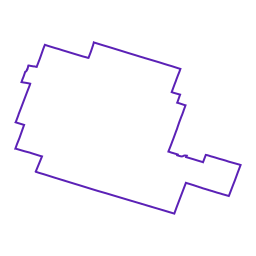 the district of Daneti, Dolj, Romania
{"feature_id": "2599482B50107441786300", "entity_name": "Daneti", "entity_type": "district", "adm_level": 2, "iso_a3": "ROU", "parent_name": "Romania", "parent_adm1": "Dolj", "projection": "robinson", "projection_center": [24.066, 43.939], "detail": "fine", "context": "isolated", "style": "outline", "palette": "violet", "viewbox_px": 256, "rotation_deg": 0, "n_neighbors": 0, "source": "geoboundaries", "source_scale": "gbopen_adm2", "svg_char_len": 3496}
<svg xmlns="http://www.w3.org/2000/svg" viewBox="0 0 256 256"><path d="M228.8,196.0L229.0,195.6L230.0,193.0L233.1,184.9L234.8,180.6L236.3,176.5L237.9,172.1L238.6,170.3L239.5,167.9L239.8,167.1L240.6,165.0L239.4,164.6L232.6,162.7L228.6,161.6L226.0,160.7L223.0,159.8L219.6,158.9L218.3,158.5L215.1,157.5L212.7,156.8L211.5,156.5L210.2,156.1L208.7,155.6L207.0,155.1L205.8,154.9L203.4,161.2L203.0,162.2L202.8,162.1L197.8,160.6L193.3,159.2L187.5,157.5L186.1,157.1L186.6,155.9L186.7,155.7L185.3,155.5L184.5,155.5L183.8,155.7L183.4,155.9L182.9,156.2L182.6,156.3L181.8,156.4L181.1,156.4L180.9,156.3L179.9,156.1L177.3,155.3L177.7,154.5L176.6,154.1L174.8,153.6L172.9,153.0L171.4,152.6L169.5,151.9L168.4,151.6L168.5,151.2L169.2,149.5L170.9,145.2L172.7,140.4L173.0,139.7L175.2,133.7L175.8,132.0L177.0,128.9L177.7,126.7L178.9,123.2L179.2,122.3L181.5,116.2L182.0,115.1L182.5,113.7L182.8,112.9L183.3,111.5L183.9,109.7L184.7,107.6L185.5,105.3L184.7,105.1L179.6,103.4L177.2,102.7L177.4,102.3L179.7,95.7L180.1,94.6L175.4,93.3L173.0,92.6L171.7,92.1L172.7,89.4L174.2,85.3L174.5,84.5L175.9,80.9L176.4,79.4L178.0,75.2L179.5,71.5L180.4,68.9L179.0,68.5L172.5,66.4L170.9,65.9L168.1,65.1L163.9,63.8L159.5,62.4L150.4,59.7L146.0,58.4L144.9,58.1L143.7,57.7L140.0,56.6L135.5,55.2L127.9,52.9L121.2,50.8L117.6,49.7L110.8,47.6L105.8,46.1L103.1,45.3L99.5,44.2L96.9,43.4L95.4,42.9L94.5,42.7L93.8,42.4L93.6,43.3L93.5,43.7L92.9,45.7L92.4,47.1L92.1,48.1L91.5,49.8L90.9,51.6L88.5,57.9L88.3,57.9L87.8,57.8L86.9,57.5L85.1,57.0L83.1,56.5L76.1,54.4L65.6,51.2L62.6,50.3L58.6,49.0L55.3,48.1L47.8,45.8L44.9,44.8L44.1,46.7L43.0,49.6L42.4,51.4L41.9,52.8L41.0,55.4L39.6,59.3L39.0,60.8L38.2,62.9L37.9,63.8L37.6,64.4L37.2,65.5L36.7,66.9L35.6,66.7L35.0,66.5L34.4,66.4L33.5,66.4L31.8,66.1L30.1,65.8L28.8,65.5L28.4,65.5L28.2,66.1L27.9,67.5L27.6,68.5L27.5,68.9L26.5,68.7L26.9,68.9L26.9,69.0L27.0,69.4L26.9,70.0L26.9,70.3L26.7,70.6L26.4,70.9L26.2,71.1L25.9,71.5L25.5,71.7L25.3,71.9L25.2,71.9L25.1,72.1L24.5,73.9L23.6,76.5L22.4,79.5L21.5,82.1L23.6,82.5L26.3,82.9L28.4,83.3L30.2,83.7L29.9,84.8L28.5,88.4L27.1,92.0L24.9,97.8L23.0,102.8L21.0,108.1L19.4,112.2L18.7,114.0L18.2,115.6L17.3,118.0L16.1,121.2L15.8,121.9L15.6,122.3L19.1,123.4L24.1,124.9L22.6,129.1L19.5,137.9L17.0,144.1L15.5,148.3L15.4,148.6L15.5,148.6L20.6,150.1L24.7,151.3L29.8,152.6L31.8,153.3L39.8,155.8L42.0,156.4L41.1,158.6L36.0,171.0L35.7,171.7L35.8,171.8L37.5,172.3L38.0,172.5L39.2,172.9L43.7,174.2L46.9,175.2L55.4,177.9L76.3,184.3L78.3,184.9L92.2,189.2L94.8,190.0L98.1,191.0L106.2,193.3L113.5,195.5L130.6,200.6L174.3,213.6L176.7,207.0L179.9,198.6L185.2,184.7L185.9,182.8L186.5,183.0L187.0,183.2L187.5,183.3L188.0,183.5L188.5,183.6L189.0,183.8L189.5,183.9L190.1,184.1L190.6,184.3L191.1,184.4L191.7,184.6L192.2,184.8L192.7,184.9L193.3,185.1L193.8,185.3L194.3,185.4L194.8,185.6L195.6,185.9L196.4,186.1L197.1,186.4L197.9,186.6L198.7,186.9L199.5,187.2L200.3,187.4L201.2,187.7L202.0,188.0L202.8,188.3L203.2,188.4L203.5,188.5L204.2,188.7L204.9,188.9L205.7,189.1L206.5,189.4L207.3,189.6L207.7,189.7L207.9,189.8L208.1,189.9L208.3,189.9L208.6,190.0L208.8,190.1L209.4,190.3L210.0,190.4L210.5,190.6L211.1,190.8L211.6,190.9L212.0,191.0L212.3,191.1L212.9,191.3L213.5,191.5L214.2,191.7L214.8,191.9L215.1,192.0L215.5,192.1L216.3,192.4L217.0,192.6L217.7,192.8L218.4,193.0L219.2,193.2L219.9,193.4L220.6,193.6L221.3,193.8L222.1,194.1L222.8,194.3L223.6,194.5L224.3,194.7L225.0,194.9L225.7,195.1L226.4,195.3L227.1,195.5L227.5,195.6L228.1,195.8L228.8,196.0Z" fill="none" stroke="#5b21b6" stroke-width="2"/></svg>